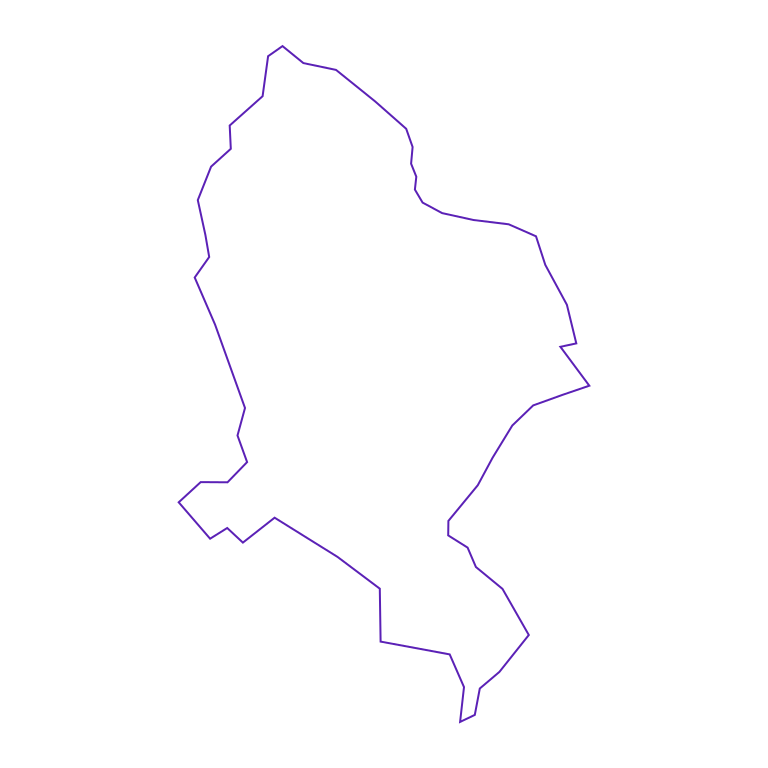 the district of Kasbi, Kashkadarya, Uzbekistan
{"feature_id": "79887680B94594709209403", "entity_name": "Kasbi", "entity_type": "district", "adm_level": 2, "iso_a3": "UZB", "parent_name": "Uzbekistan", "parent_adm1": "Kashkadarya", "projection": "natural_earth1", "projection_center": [65.462, 38.853], "detail": "fine", "context": "isolated", "style": "outline", "palette": "violet", "viewbox_px": 768, "rotation_deg": 0, "n_neighbors": 0, "source": "geoboundaries", "source_scale": "gbopen_adm2", "svg_char_len": 842}
<svg xmlns="http://www.w3.org/2000/svg" viewBox="0 0 768 768"><path d="M375.0,101.3L336.0,69.9L303.4,63.1L282.5,46.1L268.1,56.2L262.6,96.2L229.7,125.5L230.8,148.8L211.1,166.6L197.8,200.1L205.4,235.0L209.2,257.0L194.7,277.5L215.1,324.7L245.0,408.0L237.5,435.5L247.1,462.1L227.5,482.3L200.7,482.1L178.7,502.3L210.1,538.7L227.2,528.0L242.9,542.6L274.6,517.7L337.5,556.9L379.8,588.7L380.6,641.6L449.7,654.4L464.0,687.1L460.1,721.9L474.8,714.9L479.8,688.5L499.4,671.9L528.8,635.0L502.5,588.9L475.9,567.0L467.6,547.6L448.2,535.4L448.4,520.9L477.8,485.2L492.6,457.7L512.3,425.5L533.2,405.4L562.4,394.9L589.3,385.7L560.4,346.8L576.3,343.4L566.9,304.8L545.3,264.9L536.0,236.3L508.7,224.3L473.4,220.0L442.1,213.1L422.6,202.6L414.9,189.6L416.3,176.7L411.1,163.7L412.6,147.0L406.2,128.8L375.0,101.3Z" fill="none" stroke="#5b21b6" stroke-width="2"/></svg>